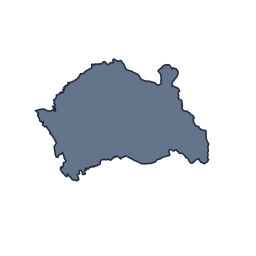 the district of Timbiquí, Cauca, Colombia, rotated 308°
{"feature_id": "7082276B54920381077672", "entity_name": "Timbiquí", "entity_type": "district", "adm_level": 2, "iso_a3": "COL", "parent_name": "Colombia", "parent_adm1": "Cauca", "projection": "natural_earth1", "projection_center": [-77.548, 2.664], "detail": "fine", "context": "isolated", "style": "filled", "palette": "slate", "viewbox_px": 256, "rotation_deg": 308, "n_neighbors": 0, "source": "geoboundaries", "source_scale": "gbopen_adm2", "svg_char_len": 5759}
<svg xmlns="http://www.w3.org/2000/svg" viewBox="0 0 256 256"><g transform="rotate(308 128 128)"><path d="M176.6,173.9L177.1,173.4L177.4,172.0L177.8,171.3L177.3,169.0L177.8,168.0L177.8,166.5L177.4,165.7L177.8,164.3L176.6,163.0L176.3,162.3L176.0,160.8L176.1,159.8L176.5,159.0L177.7,157.6L178.2,157.3L179.1,157.3L179.5,155.8L179.7,155.5L180.4,155.9L181.2,154.9L182.5,153.8L182.8,152.8L182.1,150.1L182.4,149.5L185.3,147.5L185.7,146.7L186.6,145.9L187.2,145.8L188.8,146.0L189.2,145.6L189.3,144.9L189.9,144.0L190.2,142.4L189.7,141.9L189.0,137.9L188.2,136.9L188.4,136.2L190.1,135.8L190.9,135.1L192.2,134.6L193.9,135.0L195.6,134.7L197.1,135.0L199.1,134.8L200.8,134.3L202.7,133.4L203.1,133.0L203.9,131.4L203.9,130.3L204.3,129.3L203.4,127.9L203.2,126.5L202.5,126.3L201.8,126.7L201.6,126.3L202.1,125.4L202.3,124.2L203.0,122.9L203.1,121.6L201.8,119.6L200.6,118.5L198.8,117.5L196.8,117.3L196.1,117.3L195.6,117.6L194.8,117.0L192.6,116.4L191.4,116.7L190.7,119.9L190.3,120.7L188.4,122.6L187.8,123.5L184.9,125.2L183.7,126.6L182.1,126.4L181.2,126.0L180.1,125.2L179.9,124.3L180.2,121.0L179.4,120.0L179.1,118.2L178.3,117.1L178.0,116.1L175.8,112.8L174.6,109.2L174.7,107.7L176.2,104.2L176.3,103.0L175.7,99.7L175.1,98.7L175.1,96.0L173.8,93.2L173.2,91.4L173.2,90.7L173.8,88.6L175.8,85.4L176.0,83.1L176.7,81.9L176.8,81.1L176.4,80.3L175.4,79.9L174.0,78.2L173.9,75.4L173.6,74.4L173.0,74.1L172.2,74.2L171.6,74.7L171.3,76.0L170.6,76.2L169.9,75.6L168.8,73.9L166.2,73.7L165.8,73.5L165.5,72.5L165.8,70.4L165.8,68.4L165.0,67.8L162.2,67.7L161.5,67.0L161.2,66.0L160.4,65.8L159.4,64.3L158.8,63.9L158.4,62.8L158.0,62.6L157.3,62.8L157.0,62.6L156.5,61.5L156.5,60.7L156.1,60.4L155.3,60.4L154.2,61.8L152.8,62.2L148.7,60.4L147.3,60.0L146.1,59.3L145.2,59.6L144.5,59.5L143.9,59.6L142.8,58.3L141.9,57.8L141.6,57.3L141.2,57.8L140.4,57.4L139.1,57.5L138.2,58.1L136.8,57.5L136.4,57.8L135.9,57.8L134.5,57.6L133.2,56.7L131.7,56.6L130.5,55.6L129.7,55.4L129.0,55.0L128.0,53.9L127.1,54.2L126.7,52.8L126.0,53.6L126.0,54.2L125.2,54.0L125.1,54.3L124.0,54.2L123.4,53.5L123.6,53.1L122.9,52.8L122.2,52.7L122.0,53.1L121.4,52.9L120.9,53.6L120.5,53.4L120.3,52.8L120.0,53.4L119.8,53.1L119.1,53.4L118.7,53.2L118.9,53.7L118.4,53.8L118.4,54.5L118.2,54.7L116.9,54.1L116.2,54.4L115.9,54.2L115.9,55.0L115.4,54.7L115.2,54.2L115.3,54.0L114.8,53.8L115.0,53.0L114.5,53.0L114.5,53.4L114.3,53.5L113.5,53.0L113.3,53.7L113.1,52.7L112.4,52.8L111.5,52.3L111.0,52.4L110.3,51.9L109.9,51.3L109.7,51.4L109.3,52.0L108.2,52.3L107.3,52.8L106.2,52.6L105.2,52.7L104.3,52.1L103.7,52.9L103.3,54.2L101.5,54.6L101.5,56.1L100.9,56.8L100.3,56.9L99.7,56.7L99.3,56.3L99.1,55.4L98.5,55.5L98.2,56.0L98.1,56.6L98.3,57.0L99.0,57.7L98.9,58.6L98.7,58.9L98.4,58.9L97.6,57.8L97.0,57.9L96.8,58.7L97.3,59.4L97.4,59.9L97.1,60.3L96.6,60.3L96.0,59.5L96.4,58.8L96.3,57.6L94.2,56.9L93.1,55.7L92.2,54.4L91.7,53.1L91.1,49.7L88.5,47.3L84.8,44.6L84.5,48.0L83.8,48.9L83.5,48.9L83.6,48.5L82.6,48.7L80.7,52.4L80.1,53.4L79.7,53.6L79.2,54.9L79.7,55.6L79.5,55.9L79.7,57.0L80.1,57.4L80.6,57.4L80.7,57.6L79.7,58.1L78.8,58.1L78.3,58.3L77.7,59.3L77.8,61.0L77.7,61.6L78.1,62.1L78.8,62.4L76.7,69.7L76.4,69.8L76.0,69.5L75.6,69.6L75.6,71.2L74.8,74.5L73.9,76.7L73.7,77.8L73.2,78.2L73.2,78.9L72.7,79.1L72.5,79.6L72.6,80.0L72.0,80.8L69.7,81.2L68.8,81.0L67.7,81.4L62.5,86.8L61.0,89.2L61.3,90.1L61.8,90.8L63.0,90.2L64.9,90.5L66.5,91.4L67.9,91.5L68.2,92.0L68.0,92.3L66.7,94.0L66.6,94.8L65.3,95.8L64.7,96.8L64.4,97.6L64.4,98.7L63.0,99.7L60.9,98.4L59.6,99.5L57.1,100.7L56.8,100.3L56.5,100.5L55.8,100.4L56.2,99.3L55.7,99.2L54.5,99.7L53.6,100.5L53.4,101.0L52.5,103.6L51.7,109.1L52.1,109.8L52.6,109.8L54.3,108.7L54.5,109.6L54.1,110.4L53.8,111.6L54.0,112.1L53.8,112.5L54.0,112.9L53.1,115.0L53.1,115.9L53.6,117.7L54.9,118.8L55.0,119.3L55.3,119.7L54.9,120.2L55.8,120.8L57.3,120.8L57.8,120.3L59.4,117.2L60.5,117.0L61.6,117.7L62.2,117.8L62.7,117.5L63.6,116.3L64.1,116.0L64.7,116.0L65.2,116.4L65.5,116.9L65.4,118.3L65.2,118.8L63.8,120.0L63.6,120.7L63.9,121.6L64.8,122.4L65.4,122.6L65.7,122.4L66.6,121.0L67.6,120.2L68.5,120.4L69.1,121.1L69.5,121.1L69.5,119.7L69.8,119.5L70.2,119.5L70.6,120.0L70.7,120.6L71.4,120.9L71.3,121.9L71.5,122.1L72.8,121.9L73.5,122.5L74.1,122.3L74.5,122.6L74.5,122.9L74.9,123.1L75.3,123.8L76.1,123.8L75.9,124.2L76.2,124.8L76.5,124.8L76.6,124.5L76.8,124.5L77.1,125.4L77.4,125.3L77.8,125.5L78.1,125.9L78.6,126.0L78.7,126.4L79.3,126.8L79.4,126.6L79.6,126.8L79.7,126.7L81.7,128.0L82.3,128.2L82.9,128.1L84.0,127.2L84.3,126.7L87.2,126.8L87.6,127.9L88.6,128.8L89.4,130.2L89.8,130.7L90.9,131.0L91.4,132.1L91.3,132.9L92.3,134.4L94.1,134.5L94.7,134.8L95.1,134.5L95.7,135.0L96.4,134.6L97.1,135.2L97.6,135.2L97.3,136.2L98.2,136.2L99.2,136.6L99.2,141.4L99.4,141.5L100.2,141.1L100.6,141.1L102.3,142.6L103.8,142.8L105.0,144.1L105.4,147.6L106.1,150.6L106.2,152.2L107.8,158.4L108.2,160.8L110.8,164.1L114.2,167.8L117.6,170.2L121.1,170.6L123.9,172.6L126.6,173.4L129.7,175.9L130.8,176.4L131.2,177.2L131.8,177.5L132.8,177.4L133.5,176.2L135.5,174.1L136.1,173.9L136.6,174.1L137.2,174.8L137.5,175.9L137.7,177.6L138.1,178.4L140.3,179.0L140.4,179.8L140.1,181.1L140.2,182.4L139.6,184.1L139.8,184.5L140.7,185.1L141.4,186.7L141.4,187.5L141.0,190.1L140.2,191.7L140.8,192.9L140.9,193.7L140.7,194.5L140.0,195.6L139.3,197.6L139.1,199.3L140.2,200.5L141.3,200.6L142.0,201.0L144.1,201.0L145.3,201.4L146.4,202.3L147.3,202.6L147.2,203.4L146.3,204.4L146.3,205.2L145.8,206.1L146.3,207.5L146.8,210.1L147.2,210.4L149.0,210.6L150.4,211.4L152.9,210.8L153.3,208.7L154.2,208.6L155.6,208.0L156.9,206.8L157.6,205.9L159.5,205.3L161.9,202.9L163.5,201.9L164.2,201.9L165.2,201.4L166.4,198.4L167.7,196.4L170.5,193.6L171.7,193.1L173.5,191.5L173.8,190.4L172.5,188.6L172.0,187.3L171.8,184.7L172.6,182.9L171.6,180.5L171.5,179.9L173.1,175.8L174.7,174.7L175.3,173.7L176.6,173.9Z" fill="#64748b" stroke="#1e293b" stroke-width="1.5"/></g></svg>